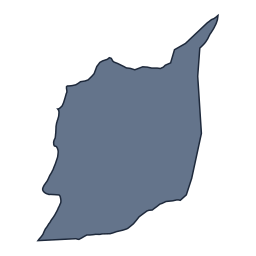 outline of Morne Cayenne, Vieux Fort, Saint Lucia
{"feature_id": "8701671B31053612499035", "entity_name": "Morne Cayenne", "entity_type": "district", "adm_level": 2, "iso_a3": "LCA", "parent_name": "Saint Lucia", "parent_adm1": "Vieux Fort", "projection": "natural_earth1", "projection_center": [-60.957, 13.785], "detail": "fine", "context": "isolated", "style": "filled", "palette": "slate", "viewbox_px": 256, "rotation_deg": 0, "n_neighbors": 0, "source": "geoboundaries", "source_scale": "gbopen_adm2", "svg_char_len": 2903}
<svg xmlns="http://www.w3.org/2000/svg" viewBox="0 0 256 256"><path d="M42.6,189.0L42.8,190.2L43.2,191.0L43.9,191.9L44.7,192.6L45.6,193.2L46.9,193.8L47.9,194.1L49.0,194.5L50.4,194.4L52.2,194.5L54.3,194.6L58.6,194.9L59.2,195.1L59.7,195.7L60.0,196.1L60.3,196.8L60.4,197.5L60.6,198.3L60.8,199.4L60.9,200.3L60.9,201.5L60.8,202.4L60.5,203.4L60.0,204.3L59.6,205.4L59.1,206.5L58.6,207.4L58.2,208.2L57.8,209.3L57.0,210.9L56.5,211.9L55.9,212.9L55.4,213.9L54.9,214.8L54.4,215.6L53.5,217.0L52.5,218.4L51.6,219.6L50.8,220.9L49.7,222.8L48.8,223.8L47.5,226.0L46.5,227.5L45.5,228.7L44.6,230.5L44.0,231.8L43.4,233.2L43.1,234.0L42.6,234.8L42.1,235.5L41.5,236.3L40.8,237.2L40.1,238.0L39.6,238.5L38.0,240.6L76.0,238.7L77.2,239.1L78.9,239.4L81.9,237.8L83.9,236.6L86.8,235.0L89.7,235.0L93.7,234.6L95.6,234.3L99.9,234.4L102.1,233.9L110.1,233.7L112.9,232.9L116.6,231.6L122.7,230.2L126.7,228.9L128.0,228.2L130.6,226.1L133.4,223.8L136.1,220.6L139.1,216.8L141.6,214.9L146.9,211.0L148.8,210.3L152.3,210.0L153.9,208.7L156.5,206.8L159.9,204.1L162.0,203.4L166.0,201.5L170.8,201.0L172.8,200.8L176.8,199.9L178.4,199.9L180.3,200.3L180.5,200.1L186.3,194.9L191.7,178.3L201.4,133.4L198.5,88.4L197.7,76.3L199.8,48.1L201.5,46.5L203.1,44.9L203.3,44.7L204.6,43.3L205.5,42.1L205.7,41.9L207.7,38.8L208.6,36.9L209.3,35.5L209.8,34.5L210.0,34.1L210.3,33.7L210.9,32.9L213.6,28.6L214.5,26.9L214.9,26.0L215.6,24.7L216.1,23.6L216.3,23.1L216.6,22.2L217.4,19.8L217.7,17.6L218.0,15.4L217.7,15.6L216.6,16.7L215.8,17.3L213.8,18.7L213.0,19.0L212.1,19.3L211.4,19.7L210.7,20.2L209.1,21.5L208.0,22.3L207.5,22.6L185.4,43.5L174.5,49.7L170.6,62.9L165.3,65.2L163.4,67.1L160.4,68.5L157.3,68.1L151.8,68.1L147.2,67.1L145.5,67.0L142.7,66.8L134.8,69.8L130.4,68.4L127.2,68.0L126.3,67.9L124.0,66.6L117.7,63.5L114.1,62.1L112.8,61.1L111.3,58.4L111.1,58.3L110.3,58.0L109.3,57.7L107.4,59.3L102.6,60.9L99.9,62.4L96.8,66.5L94.1,73.7L91.9,76.2L88.1,79.9L85.0,81.0L83.8,81.2L80.5,81.7L78.3,83.3L75.8,84.8L72.2,85.6L69.7,85.9L67.3,86.0L66.5,86.7L66.5,88.6L66.8,90.2L66.9,92.1L66.2,93.8L65.0,98.1L63.6,102.6L62.2,105.8L60.5,107.5L59.2,108.6L57.9,109.0L57.7,109.0L58.3,109.8L58.8,110.8L58.9,111.6L59.0,112.3L58.9,113.6L58.8,115.1L58.5,117.0L58.3,117.6L58.0,118.4L57.9,119.2L57.7,119.7L57.3,120.6L57.2,121.2L56.9,122.1L56.6,123.1L56.4,124.3L56.2,125.4L56.1,126.1L56.0,126.8L56.0,127.5L56.0,127.9L55.9,130.1L55.8,131.9L55.8,132.8L55.6,134.0L55.5,135.3L55.4,136.4L55.3,137.0L55.2,137.7L55.0,138.5L54.6,139.1L54.2,140.0L53.8,141.2L53.6,142.4L53.7,143.4L53.7,144.2L53.9,144.9L54.2,145.7L54.5,146.0L55.1,146.1L56.2,146.5L56.6,146.9L57.1,147.7L57.5,148.6L57.8,149.4L58.1,150.7L58.2,151.9L58.1,153.0L57.9,155.0L57.6,157.1L56.8,159.5L55.4,163.7L53.8,167.6L53.0,169.8L52.4,170.8L51.8,172.1L51.0,173.5L49.8,175.4L49.0,177.2L48.2,179.0L47.5,180.4L46.8,181.6L46.0,182.6L44.9,184.2L44.1,185.3L43.5,186.6L43.0,187.5L43.0,187.8L42.6,189.0Z" fill="#64748b" stroke="#1e293b" stroke-width="1.5"/></svg>